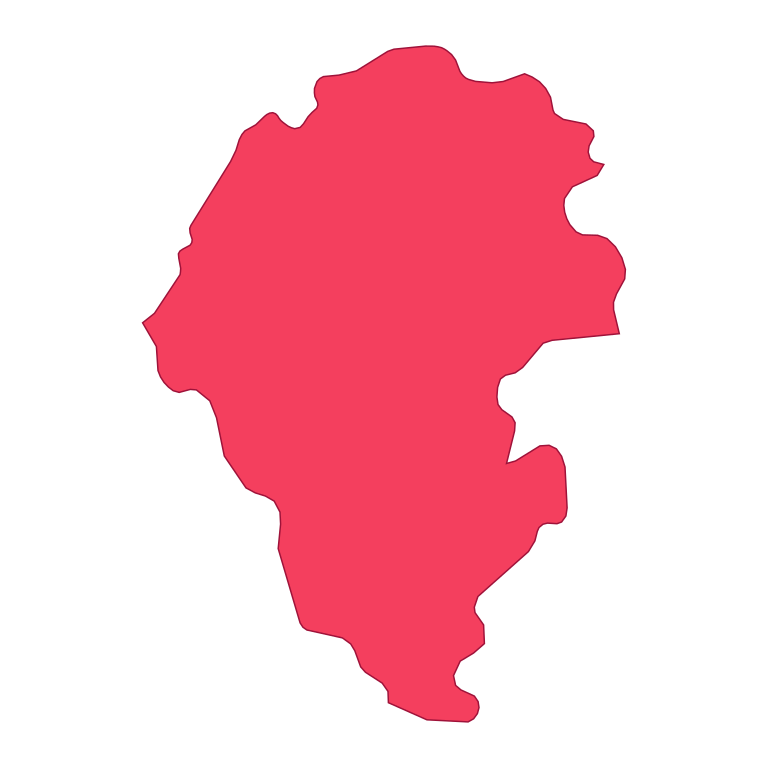 Vicenza, Natural Earth projection
{"feature_id": "ITA-5465", "entity_name": "Vicenza", "entity_type": "Province", "adm_level": 1, "iso_a3": "ITA", "parent_name": "Italy", "parent_adm1": "", "projection": "natural_earth1", "projection_center": [11.514, 45.63], "detail": "fine", "context": "isolated", "style": "filled", "palette": "rose", "viewbox_px": 768, "rotation_deg": 0, "n_neighbors": 0, "source": "natural_earth", "source_scale": "10m", "svg_char_len": 2260}
<svg xmlns="http://www.w3.org/2000/svg" viewBox="0 0 768 768"><path d="M179.2,392.4L173.2,390.7L168.5,387.1L164.1,382.5L160.5,376.9L158.0,370.6L156.4,346.5L142.6,322.8L154.5,313.3L180.1,274.6L180.5,271.6L180.7,268.4L178.8,258.2L178.4,253.8L179.9,251.1L182.8,249.1L190.1,245.2L191.8,242.6L192.2,239.5L190.1,232.9L189.7,228.4L190.9,225.4L230.6,161.5L236.0,150.3L239.3,139.6L242.0,134.4L244.9,130.9L255.8,124.8L264.5,116.4L266.9,114.5L269.7,113.1L272.8,112.7L275.6,113.8L277.5,115.7L279.0,118.2L280.8,120.5L283.1,122.5L288.1,126.2L291.3,127.7L294.7,128.7L300.2,127.4L303.5,123.8L308.1,116.7L312.0,112.5L316.7,108.3L317.9,105.0L317.5,102.1L314.9,96.6L314.4,92.8L314.5,88.4L317.0,81.6L319.9,78.5L323.4,76.6L339.0,75.1L356.4,70.9L387.7,51.4L393.9,49.2L425.5,46.1L434.1,46.2L438.0,46.8L441.6,47.7L444.4,49.1L447.0,50.8L451.6,54.6L455.2,59.5L455.6,60.1L459.9,71.3L461.5,73.8L463.5,76.1L465.7,78.0L468.5,79.4L475.5,81.4L492.1,82.8L503.2,81.5L524.6,73.8L532.1,77.0L539.5,81.8L545.7,88.5L550.5,97.2L553.0,110.1L554.5,113.5L563.3,119.4L586.0,124.0L593.3,130.8L593.9,136.5L589.1,145.8L588.2,152.1L590.0,158.3L593.7,161.8L603.8,164.5L597.2,175.4L572.4,186.8L564.5,198.5L563.8,205.4L564.7,212.3L566.8,218.8L569.8,224.6L576.1,231.9L582.5,234.9L597.7,235.3L607.0,238.6L615.4,246.8L621.9,257.8L625.4,269.4L624.7,278.9L616.5,293.9L613.5,302.2L613.6,309.8L619.3,333.7L552.1,340.3L543.1,343.2L522.7,367.4L515.2,372.8L505.5,375.2L500.4,379.0L497.6,387.4L496.9,397.0L498.0,404.5L501.8,409.7L512.0,417.0L515.1,422.7L514.6,430.9L506.5,463.5L515.5,461.0L539.9,445.9L549.1,445.3L556.4,448.9L561.6,456.3L565.0,467.0L567.1,507.9L565.9,516.0L561.6,522.0L557.0,523.7L547.5,523.1L543.0,524.2L539.0,527.5L537.3,531.4L534.9,540.9L528.4,551.6L477.9,596.5L474.3,607.2L475.0,612.6L483.6,624.9L484.4,643.6L473.6,653.0L460.2,661.1L453.5,675.6L455.6,685.4L460.9,689.9L474.4,696.1L478.1,701.6L479.0,707.6L477.4,713.6L473.6,718.8L468.1,721.9L426.9,719.8L388.4,702.7L388.0,691.4L382.2,683.1L365.5,672.3L360.7,666.9L354.8,650.7L350.7,643.9L342.4,637.9L306.9,630.0L303.0,627.3L300.1,622.9L278.2,548.6L280.6,524.1L280.0,512.1L274.2,501.1L265.3,496.0L255.3,492.9L246.0,487.9L224.3,456.0L216.5,417.7L209.8,400.8L196.4,389.9L190.3,389.4L179.2,392.4Z" fill="#f43f5e" stroke="#9f1239" stroke-width="1.5"/></svg>